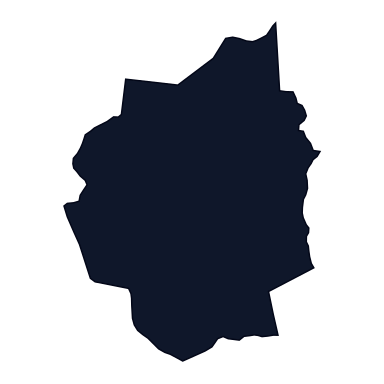 outline of Gurinhém, Paraíba, Brazil
{"feature_id": "56859067B95891869193757", "entity_name": "Gurinhém", "entity_type": "district", "adm_level": 2, "iso_a3": "BRA", "parent_name": "Brazil", "parent_adm1": "Paraíba", "projection": "natural_earth1", "projection_center": [-35.429, -7.144], "detail": "fine", "context": "isolated", "style": "filled", "palette": "ink", "viewbox_px": 384, "rotation_deg": 0, "n_neighbors": 0, "source": "geoboundaries", "source_scale": "gbopen_adm2", "svg_char_len": 1491}
<svg xmlns="http://www.w3.org/2000/svg" viewBox="0 0 384 384"><path d="M73.4,158.3L72.9,163.8L73.8,168.2L76.8,171.5L80.3,176.1L85.2,180.3L87.1,184.8L83.4,190.3L80.2,195.3L79.1,201.2L73.6,202.8L67.3,203.4L64.0,206.0L67.3,216.8L74.0,232.2L79.5,244.4L90.4,278.3L95.1,281.8L128.6,288.4L131.0,293.6L131.6,298.2L131.8,305.5L132.5,318.3L134.3,324.9L137.7,330.4L142.7,334.5L148.0,338.2L153.7,343.9L158.7,348.9L164.9,352.4L170.4,354.3L173.9,356.2L178.6,358.7L182.7,361.0L205.0,351.0L211.9,346.9L214.8,342.8L217.6,338.7L223.1,336.5L228.2,338.7L232.3,339.2L239.3,340.1L244.0,336.3L249.9,335.6L254.2,334.9L258.1,335.4L262.0,336.6L268.0,336.0L273.4,335.1L278.0,335.2L273.2,314.2L268.5,291.5L313.8,267.8L311.3,263.5L309.6,256.7L308.8,251.0L308.3,246.0L306.3,241.9L306.4,236.3L308.5,232.7L308.8,228.0L306.2,224.7L303.2,217.8L302.2,213.0L302.4,207.4L303.4,199.3L305.7,194.8L307.5,188.4L307.1,180.3L305.7,173.8L308.1,167.8L311.1,163.5L313.0,159.7L317.1,156.4L320.0,151.5L313.2,150.5L310.5,143.4L305.7,137.5L303.3,131.3L298.5,130.5L298.9,124.7L304.1,120.4L306.3,115.9L304.6,110.2L302.0,105.5L297.2,103.4L295.9,98.1L293.0,91.9L286.0,91.7L279.6,90.8L275.6,23.0L272.8,26.0L269.9,30.5L266.6,35.3L261.3,38.1L256.4,40.5L252.6,41.7L246.4,41.0L239.5,38.6L232.7,37.2L225.7,38.4L213.3,58.3L177.8,85.1L125.7,79.2L121.4,114.5L118.3,117.1L113.6,116.9L107.1,121.6L99.5,125.4L94.4,128.0L90.5,131.3L85.3,134.8L83.8,139.6L82.4,143.7L80.5,148.1L77.5,153.5L73.4,158.3Z" fill="#0f172a" stroke="#020617" stroke-width="1.5"/></svg>